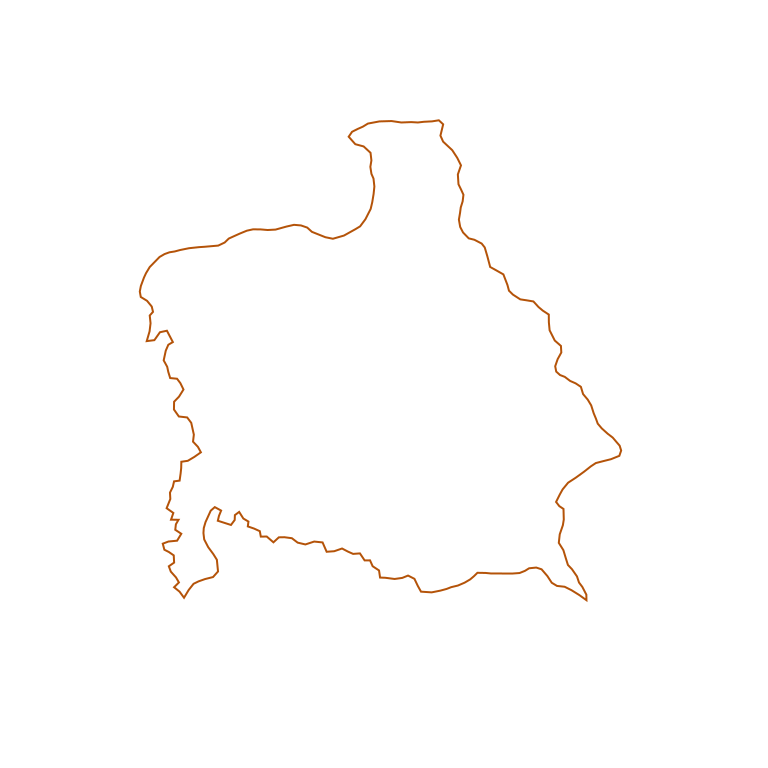 Borborema, São Paulo, Brazil (orthographic projection), rotated 109°
{"feature_id": "56859067B94148690757902", "entity_name": "Borborema", "entity_type": "district", "adm_level": 2, "iso_a3": "BRA", "parent_name": "Brazil", "parent_adm1": "São Paulo", "projection": "orthographic", "projection_center": [-49.058, -21.606], "detail": "fine", "context": "isolated", "style": "outline", "palette": "amber", "viewbox_px": 768, "rotation_deg": 109, "n_neighbors": 0, "source": "geoboundaries", "source_scale": "gbopen_adm2", "svg_char_len": 3598}
<svg xmlns="http://www.w3.org/2000/svg" viewBox="0 0 768 768"><g transform="rotate(109 384 384)"><path d="M651.2,503.5L642.3,501.6L634.9,499.0L631.0,495.1L626.7,489.7L622.2,482.8L615.3,479.9L604.6,484.8L600.4,490.0L595.5,497.1L589.5,503.4L583.7,506.2L578.9,507.5L572.7,507.8L560.2,506.6L555.5,503.9L556.7,496.8L562.5,497.1L567.4,496.6L567.1,482.8L561.2,480.9L556.5,482.3L552.1,479.3L557.0,473.2L558.2,467.4L563.0,466.4L563.0,459.8L563.6,453.5L568.4,450.8L566.4,445.2L569.7,437.0L563.2,433.5L561.3,428.3L559.8,420.9L562.1,414.0L561.3,406.1L555.7,398.7L553.8,390.5L561.3,383.6L558.3,376.6L553.2,370.1L554.2,363.6L554.7,357.9L552.0,351.6L557.1,344.9L555.3,339.8L560.0,335.4L561.9,328.0L568.3,324.7L566.8,319.7L564.9,310.5L561.4,303.6L557.3,298.9L558.3,291.8L563.9,286.3L568.3,281.4L565.5,271.1L561.0,263.4L557.4,258.1L554.2,254.3L550.5,248.5L545.6,243.1L540.7,238.9L536.5,236.4L532.1,234.2L529.6,226.5L528.3,221.1L525.9,214.2L523.5,206.9L521.5,201.1L518.6,194.3L514.8,189.9L511.0,186.8L508.0,180.3L507.9,174.7L512.4,167.0L517.3,160.7L518.6,154.7L516.9,147.2L517.9,139.7L519.9,130.9L522.5,122.2L517.3,124.1L511.3,130.4L508.2,135.0L503.1,138.9L497.9,146.0L495.2,151.2L489.5,155.4L482.7,160.3L477.3,167.0L468.9,168.9L459.3,168.9L453.6,169.9L443.7,173.6L442.4,178.5L439.5,182.9L431.2,181.8L425.5,180.8L417.4,177.8L410.2,172.2L401.8,166.3L394.5,161.6L389.8,158.0L385.3,151.2L381.2,144.9L375.3,138.1L369.7,138.1L365.6,141.1L363.1,145.4L360.2,150.3L358.2,156.3L355.1,163.6L351.9,169.0L347.8,172.3L343.4,176.2L336.8,181.1L332.5,186.2L328.7,192.5L322.6,196.9L321.0,203.0L320.5,209.0L318.4,215.4L318.2,220.5L316.2,225.2L311.5,227.9L304.0,227.9L296.5,226.6L290.4,229.1L287.3,236.7L279.3,244.9L272.0,248.2L264.7,250.8L262.9,257.8L260.9,263.0L257.3,269.6L258.5,276.7L259.6,282.7L257.5,291.2L255.1,296.2L250.2,299.5L241.5,306.8L240.3,313.2L238.8,321.7L229.4,328.0L222.1,333.2L219.4,337.4L218.2,345.5L218.7,351.3L215.0,358.6L210.7,363.1L204.2,366.7L197.5,367.8L192.1,368.9L185.7,369.1L179.2,370.5L175.1,374.4L170.9,378.6L161.8,382.4L152.2,382.4L146.3,388.4L140.7,395.6L135.6,407.0L130.8,411.5L119.2,412.6L116.8,418.0L120.0,424.0L123.1,431.7L125.7,437.1L127.5,443.5L131.1,452.8L132.9,462.4L137.2,473.8L143.0,484.0L147.6,487.8L151.3,491.8L155.9,496.3L161.7,497.9L166.6,489.2L166.0,480.6L169.8,472.0L176.7,468.7L183.1,467.6L189.4,464.3L193.2,460.8L200.4,457.4L207.7,455.7L215.9,454.3L222.8,453.6L234.2,455.2L242.7,457.9L247.0,461.5L256.7,470.2L263.3,479.6L264.3,487.2L263.6,501.7L261.1,507.5L261.1,514.1L262.8,520.9L266.9,527.5L273.3,536.8L276.3,544.2L278.0,551.0L280.4,558.2L283.7,563.6L288.8,569.4L293.4,574.3L297.0,578.1L302.1,580.7L307.1,585.8L312.7,598.4L314.8,603.4L319.1,612.6L323.7,620.4L326.8,625.0L329.3,629.7L332.6,633.8L337.0,637.6L349.7,643.6L356.7,645.1L361.6,645.6L370.5,645.8L376.1,645.0L380.9,642.3L382.5,635.1L386.4,628.8L391.0,625.9L395.5,627.8L402.6,624.5L410.5,622.8L420.7,622.3L417.3,615.4L408.0,612.7L404.3,606.6L407.9,602.8L413.1,597.3L417.1,600.7L423.5,601.2L433.4,600.0L438.3,594.6L442.8,591.9L448.0,588.1L446.4,581.4L449.5,576.8L454.5,571.8L462.7,573.7L469.1,576.7L476.5,574.3L481.5,567.4L479.7,559.2L483.5,553.6L493.8,547.3L500.7,545.8L504.0,539.5L508.2,534.9L514.7,539.6L520.5,544.5L523.5,550.3L529.5,548.4L534.7,547.2L541.9,545.8L544.4,550.8L550.0,550.2L556.4,551.0L562.3,548.6L572.2,549.1L574.5,541.2L581.6,541.2L579.3,534.1L584.4,535.1L589.8,533.9L591.6,526.9L599.5,528.6L603.1,536.5L607.0,541.2L612.2,537.7L612.9,532.7L614.5,527.0L621.2,524.3L626.4,528.1L630.8,524.5L634.6,517.7L638.4,513.3L644.5,516.3L646.9,509.7L651.2,503.5Z" fill="none" stroke="#b45309" stroke-width="2"/></g></svg>